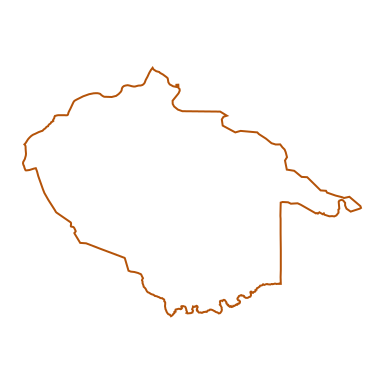 the district of Yagha, Yagha, Burkina Faso
{"feature_id": "67063806B32901667163906", "entity_name": "Yagha", "entity_type": "district", "adm_level": 2, "iso_a3": "BFA", "parent_name": "Burkina Faso", "parent_adm1": "Yagha", "projection": "mercator", "projection_center": [0.619, 13.408], "detail": "fine", "context": "isolated", "style": "outline", "palette": "amber", "viewbox_px": 384, "rotation_deg": 0, "n_neighbors": 0, "source": "geoboundaries", "source_scale": "gbopen_adm2", "svg_char_len": 5959}
<svg xmlns="http://www.w3.org/2000/svg" viewBox="0 0 384 384"><path d="M171.0,316.2L171.7,315.8L173.0,314.6L173.3,313.9L174.3,313.3L174.5,312.6L174.3,312.3L174.4,311.8L174.7,311.7L175.1,311.9L175.6,311.7L175.6,311.3L175.4,310.2L175.6,309.6L176.4,309.3L177.4,309.2L178.0,308.9L178.6,308.8L179.8,308.9L180.5,309.2L181.2,309.0L181.9,308.3L181.9,307.8L181.5,307.5L181.3,306.4L181.8,306.1L183.3,306.1L183.7,306.3L185.1,306.7L185.7,307.5L185.8,308.2L186.3,309.4L186.3,309.8L186.3,310.4L186.8,311.2L187.0,312.0L186.6,312.7L187.0,312.7L187.2,313.3L187.7,313.4L191.0,313.1L191.9,312.6L192.4,312.5L192.4,312.0L192.8,311.5L193.0,310.7L192.9,310.3L192.4,309.7L192.1,309.2L192.9,307.5L192.9,306.9L193.0,306.5L193.9,306.9L194.5,306.6L194.9,306.8L196.4,305.8L197.0,306.0L197.5,306.5L197.5,306.9L197.6,307.5L197.2,307.8L196.8,309.6L197.1,309.7L197.0,310.2L197.0,310.7L197.8,311.0L198.0,311.6L198.3,312.0L198.8,312.5L200.4,312.5L200.8,312.4L201.3,312.8L201.7,312.8L202.6,312.7L202.9,312.3L204.1,311.9L204.8,312.0L206.0,311.6L206.4,311.9L206.9,311.8L207.8,310.6L209.4,310.2L210.0,309.6L210.8,309.6L211.5,309.7L212.6,310.1L214.0,310.9L214.7,311.1L215.4,311.8L216.7,312.3L217.4,312.4L217.9,312.7L218.7,313.4L219.9,313.2L220.4,312.8L220.6,312.4L221.3,311.6L221.6,310.9L221.9,309.7L221.6,308.7L221.7,307.6L220.8,305.9L220.2,305.1L219.9,304.8L220.3,304.4L220.1,302.8L219.9,301.9L220.3,300.9L222.0,300.6L222.5,301.0L223.1,300.2L223.6,299.9L224.2,299.9L225.0,300.3L225.2,300.7L226.2,302.0L226.5,302.5L226.3,302.9L226.5,303.6L227.5,304.4L227.6,305.0L228.3,305.6L228.5,305.4L228.7,305.9L229.2,306.3L229.9,306.2L230.0,306.8L230.3,306.8L231.0,306.2L231.6,307.0L232.1,306.9L232.5,306.6L232.9,306.6L233.3,306.3L233.4,305.8L234.5,305.9L234.8,305.7L235.7,304.8L236.3,304.9L237.2,304.8L237.6,304.4L237.1,304.1L237.3,303.9L237.6,303.8L238.4,303.7L238.8,303.3L239.4,303.4L239.9,302.6L240.0,301.5L239.3,300.5L238.8,300.5L238.2,300.3L237.4,298.9L237.5,298.4L237.8,297.8L238.2,297.6L238.4,297.4L238.5,296.8L238.9,296.1L240.6,295.4L241.1,295.1L241.6,295.2L242.0,295.7L243.1,295.6L243.6,295.9L244.1,296.1L244.3,297.0L244.8,297.2L245.7,297.8L246.5,297.9L247.4,297.9L248.2,297.6L249.1,297.0L250.4,296.6L251.0,295.2L250.9,294.1L250.4,292.4L250.4,292.1L250.7,291.7L251.5,291.7L252.1,292.7L252.6,292.8L253.1,292.8L253.5,292.1L255.1,291.6L255.4,291.3L255.4,290.1L256.5,289.8L256.5,289.2L257.2,288.0L258.2,287.7L258.5,287.4L259.1,286.9L259.5,286.8L260.1,285.7L261.4,285.5L262.3,285.2L262.7,284.9L262.8,284.6L263.1,284.3L263.8,284.8L264.4,284.9L265.5,284.4L267.1,284.0L267.8,284.3L270.4,284.5L271.6,284.0L272.1,284.0L272.4,284.2L273.7,284.0L274.9,283.6L275.2,283.6L276.5,284.0L276.8,283.9L278.1,283.9L279.4,283.5L279.4,283.9L279.7,283.9L280.8,283.9L280.6,277.1L280.8,269.9L280.8,250.4L280.6,233.4L280.6,218.8L280.4,216.0L280.7,202.6L282.6,202.0L288.1,202.3L290.9,203.7L297.6,203.3L300.7,204.7L315.9,213.4L317.0,213.0L317.9,213.6L319.4,212.3L322.6,214.2L323.8,213.4L324.4,214.7L329.4,216.3L332.2,216.1L334.3,216.4L336.4,215.4L338.5,212.7L338.4,209.6L339.3,208.7L338.7,201.8L339.3,200.7L341.5,199.8L343.1,200.4L345.1,202.8L345.1,205.5L346.5,208.7L350.7,211.6L359.9,208.6L361.0,207.9L360.4,206.1L349.4,196.8L344.0,198.0L342.1,197.2L335.7,195.6L327.0,192.6L326.0,190.8L320.6,190.4L307.2,177.2L301.6,176.9L294.2,170.8L286.8,169.6L285.0,160.5L287.0,157.2L285.7,152.2L284.6,149.5L282.4,147.3L280.2,144.4L275.7,144.5L271.5,143.2L265.9,138.6L258.9,134.1L257.3,132.4L240.6,130.9L235.3,132.4L222.7,125.6L221.8,119.4L223.5,116.8L226.9,115.7L220.2,111.6L182.4,111.2L177.9,109.6L174.1,106.5L172.7,103.9L172.6,100.7L178.5,93.4L179.7,90.8L179.6,89.1L178.0,87.3L178.4,86.6L178.3,84.7L176.4,84.8L176.3,86.9L173.2,86.3L169.7,84.4L168.4,82.4L167.7,78.3L166.6,77.2L162.8,74.4L160.2,73.0L159.2,72.0L156.2,71.2L153.5,69.4L152.6,67.8L151.0,69.9L149.3,72.8L147.5,76.7L145.7,80.0L144.9,82.2L144.4,83.2L143.4,84.3L142.4,85.0L140.7,85.5L138.4,85.6L135.1,86.5L133.5,86.5L131.8,86.2L129.7,85.6L127.7,85.2L125.7,85.5L124.0,86.0L122.7,87.0L122.3,87.7L121.9,88.5L121.7,89.9L121.5,90.6L120.8,91.8L118.7,94.0L116.1,95.9L111.7,97.0L105.9,96.8L104.7,96.8L103.8,96.6L102.7,96.0L101.3,95.0L100.2,93.9L99.0,93.5L97.5,93.2L95.8,93.2L93.7,93.3L89.1,94.2L83.2,96.3L76.4,99.7L74.5,100.8L74.0,101.4L73.4,102.3L70.4,108.7L69.1,111.2L68.4,112.8L68.0,114.5L67.7,114.9L66.9,115.3L64.0,115.2L58.1,115.2L56.5,115.5L55.7,115.8L55.0,115.9L54.5,116.8L54.2,118.2L53.2,119.8L52.8,120.9L53.1,121.1L52.4,121.7L51.3,122.1L51.0,122.5L50.8,123.1L50.5,123.5L49.1,124.4L48.5,125.2L48.2,125.7L48.1,126.2L47.9,126.3L47.4,126.4L46.4,127.0L45.3,128.4L44.3,129.0L43.4,129.8L42.7,130.6L42.2,130.9L41.4,131.1L38.7,132.1L35.2,133.8L33.1,134.7L31.3,135.9L29.5,137.6L28.0,139.3L25.6,143.1L24.4,144.4L25.0,145.0L25.3,145.5L25.5,146.2L25.6,147.2L25.6,148.6L26.0,153.8L25.8,155.6L24.8,159.1L23.2,162.0L23.0,163.3L23.4,164.9L24.0,166.0L24.5,167.9L25.2,169.6L25.6,170.3L26.5,170.4L28.1,170.2L29.5,170.0L33.9,168.6L35.8,168.2L37.0,171.3L38.3,176.2L42.9,189.2L44.4,193.0L48.4,200.0L55.1,210.5L55.7,211.7L56.4,212.5L70.7,222.4L70.9,222.7L71.1,223.8L70.8,225.9L70.9,226.4L71.2,226.6L73.0,226.9L73.7,227.3L74.3,228.1L75.7,231.1L75.7,231.4L75.5,231.7L75.2,232.1L74.4,232.9L74.4,233.3L80.2,242.9L86.1,243.3L99.3,248.4L124.6,257.9L124.9,258.4L128.5,270.7L130.8,271.6L134.4,272.0L138.1,273.0L139.8,273.8L140.1,273.8L140.5,274.0L140.9,274.2L141.1,274.6L141.4,274.9L142.0,276.4L143.0,278.2L142.2,279.5L142.0,280.4L142.4,281.1L142.6,282.0L142.5,283.0L143.4,285.4L143.7,286.8L144.3,287.3L145.5,288.6L147.0,291.5L147.7,292.0L147.8,292.2L148.3,292.5L149.5,292.9L150.4,293.7L152.3,294.5L152.8,294.5L153.8,295.0L154.2,295.4L154.8,295.7L155.0,296.0L156.0,296.1L157.4,296.5L157.8,296.8L158.9,297.1L159.9,297.8L160.4,297.9L161.0,298.2L162.3,298.2L162.9,298.8L164.1,299.5L164.3,300.1L164.3,301.4L165.1,302.1L165.2,302.4L165.2,304.0L165.0,306.2L165.6,309.5L166.1,310.2L166.5,311.6L167.4,313.1L168.3,314.2L169.9,314.7L170.2,315.3L170.8,315.8L171.0,316.2Z" fill="none" stroke="#b45309" stroke-width="2"/></svg>